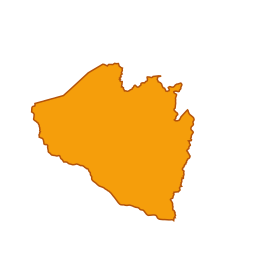 Castanheira, Mato Grosso, Brazil (Natural Earth projection), rotated 125°
{"feature_id": "56859067B36906842849375", "entity_name": "Castanheira", "entity_type": "district", "adm_level": 2, "iso_a3": "BRA", "parent_name": "Brazil", "parent_adm1": "Mato Grosso", "projection": "natural_earth1", "projection_center": [-58.652, -10.954], "detail": "fine", "context": "isolated", "style": "filled", "palette": "amber", "viewbox_px": 256, "rotation_deg": 125, "n_neighbors": 0, "source": "geoboundaries", "source_scale": "gbopen_adm2", "svg_char_len": 5742}
<svg xmlns="http://www.w3.org/2000/svg" viewBox="0 0 256 256"><g transform="rotate(125 128 128)"><path d="M79.2,88.9L79.0,89.6L79.7,89.8L88.6,91.0L89.2,90.8L90.6,90.7L91.2,90.5L92.2,90.6L93.0,91.1L93.6,91.5L94.1,92.1L94.6,92.8L94.9,93.5L94.8,94.7L93.9,94.5L93.0,94.3L91.7,95.1L90.9,95.1L90.1,95.3L89.4,95.2L88.6,94.9L88.0,95.4L87.5,96.2L87.5,98.0L87.2,99.0L87.2,100.1L86.3,101.0L85.6,101.1L84.8,100.8L83.4,101.5L82.2,102.2L80.6,103.0L79.8,103.6L79.1,104.2L77.6,105.1L77.0,105.6L76.4,106.2L74.4,106.8L73.5,107.0L72.6,107.6L72.8,108.9L72.8,110.1L72.6,110.8L72.0,111.3L71.4,111.0L70.2,109.9L69.8,108.6L69.2,107.4L68.6,107.1L68.0,107.3L67.3,107.5L66.2,107.3L65.5,107.3L64.5,108.0L61.7,108.6L61.2,109.3L60.9,110.5L62.4,111.7L63.3,112.2L63.7,112.9L64.2,113.3L64.8,113.5L65.7,113.9L66.7,113.9L67.5,114.0L68.5,114.3L69.2,115.2L69.6,116.0L69.8,116.8L70.2,117.6L71.0,118.0L71.7,118.3L72.4,117.3L72.6,116.5L73.0,116.0L73.9,115.8L74.7,116.4L75.5,116.8L75.8,117.6L76.0,118.4L75.2,119.3L74.9,120.1L74.5,120.6L74.5,121.3L74.9,122.1L74.7,122.8L74.2,123.6L73.8,124.4L73.2,125.1L72.7,125.8L72.5,126.7L72.4,127.5L72.5,128.5L72.8,129.8L72.3,130.3L71.5,131.9L70.6,132.2L69.9,132.7L69.0,132.7L68.3,132.3L67.7,131.7L67.1,131.1L66.4,130.7L67.7,132.8L71.4,137.0L72.3,137.1L73.1,137.6L73.6,138.6L73.9,139.5L74.5,140.6L75.1,141.5L75.8,141.3L76.3,140.7L76.8,140.0L77.4,139.8L78.0,139.4L79.0,139.5L79.6,140.1L80.6,140.2L81.5,140.3L82.5,141.8L83.2,142.5L83.9,142.8L84.6,142.7L85.3,142.1L86.1,142.2L87.1,142.6L88.1,142.7L89.0,143.4L89.2,144.4L88.8,146.5L89.3,147.1L90.0,147.2L91.8,146.9L92.7,147.3L93.9,147.0L95.1,147.8L95.9,148.2L96.7,148.4L98.0,149.2L98.5,149.8L98.8,151.0L99.2,151.7L99.6,152.2L99.1,152.8L98.7,154.0L97.6,154.9L97.8,155.6L97.5,156.4L98.0,156.9L96.4,157.8L95.8,157.9L95.3,158.4L94.7,158.5L94.2,158.8L93.3,159.4L94.1,160.8L93.9,161.6L93.1,162.1L93.0,162.8L92.3,162.3L91.9,163.6L90.0,163.0L89.8,163.9L88.0,164.2L87.1,163.8L86.6,165.1L84.2,165.6L83.2,166.5L82.1,166.9L82.5,168.4L82.3,170.8L80.7,172.8L82.1,174.6L82.7,176.0L84.7,176.8L86.6,179.7L87.2,180.4L89.0,180.5L89.6,184.0L90.2,185.2L105.5,192.2L120.7,195.5L131.2,197.8L138.5,199.5L161.3,218.3L162.2,217.5L163.5,217.0L164.7,218.2L165.6,218.5L166.6,218.3L167.4,217.8L168.6,217.1L169.5,216.5L170.1,216.2L170.0,214.1L170.7,212.6L172.2,211.8L173.1,211.2L174.4,210.7L175.1,210.2L175.4,208.9L175.3,207.8L175.3,207.0L175.5,205.7L175.5,204.5L176.0,203.8L176.7,202.3L177.7,201.5L178.2,200.7L179.8,199.2L180.7,198.9L181.1,198.3L181.3,197.6L182.5,197.7L183.3,197.1L183.9,197.1L184.6,197.0L185.1,196.6L185.8,195.8L186.4,195.5L186.2,194.5L186.1,193.8L185.9,193.1L185.7,192.4L185.8,191.6L186.1,190.9L186.6,190.2L187.1,189.8L187.8,188.9L188.3,188.5L188.8,188.1L189.3,187.5L189.1,186.3L188.3,185.3L188.2,184.1L188.7,183.4L189.7,183.0L191.6,181.1L192.1,180.5L193.2,179.7L193.4,178.9L193.4,177.6L193.7,176.3L193.9,175.1L193.2,173.4L192.5,172.2L191.7,170.1L190.9,169.5L190.1,168.6L190.0,167.9L190.5,167.1L191.2,166.1L191.6,165.4L191.6,164.4L191.8,163.3L192.7,161.2L191.4,159.3L191.0,158.4L191.2,156.3L191.0,155.4L190.5,154.3L190.2,153.3L189.7,152.0L189.1,151.4L188.5,150.7L186.9,149.4L186.4,147.8L186.0,145.4L185.7,144.8L185.2,144.3L184.9,143.4L184.8,142.0L185.0,140.7L184.9,139.6L185.1,138.7L184.4,137.7L184.8,136.7L185.4,135.7L185.8,135.1L186.2,133.3L187.6,132.2L188.0,131.7L188.5,130.4L188.7,129.8L190.6,128.5L191.2,127.4L191.3,126.7L191.5,126.0L191.5,124.7L191.5,123.8L191.6,122.4L191.9,120.6L192.0,119.0L192.0,118.3L191.7,117.2L191.0,114.6L190.8,113.0L191.0,112.0L190.9,111.0L190.8,109.5L190.9,108.7L190.7,107.3L191.1,104.6L191.6,102.9L192.1,101.4L192.4,100.2L193.0,98.2L193.6,96.4L194.7,93.2L195.1,91.2L195.0,90.0L194.3,88.7L193.6,87.7L193.2,87.1L192.9,86.0L192.0,84.4L190.8,83.2L190.2,82.4L189.9,81.6L189.3,79.8L189.0,78.0L188.5,76.2L187.5,74.2L187.4,73.4L187.5,72.4L187.8,71.5L187.6,70.5L187.1,69.5L186.8,68.9L186.6,68.1L186.9,67.0L187.5,65.0L188.0,63.5L188.1,62.1L187.8,61.1L184.7,57.4L184.1,56.5L183.7,55.5L183.6,54.8L183.8,53.9L184.3,53.1L184.7,52.3L184.8,51.5L184.8,50.6L184.6,49.8L184.2,49.0L182.9,46.7L182.5,46.2L181.9,45.3L179.6,41.5L179.1,40.8L178.3,39.9L177.8,39.2L177.5,38.2L177.6,37.5L175.5,38.6L174.9,38.7L174.4,38.0L174.0,38.8L172.2,39.0L171.9,39.7L171.2,40.3L170.8,41.1L170.1,41.1L169.8,42.0L169.3,42.8L169.3,44.4L167.9,45.5L167.2,45.7L166.6,46.1L166.2,46.9L165.4,47.2L164.9,47.9L164.2,48.2L163.5,49.4L162.8,51.0L162.5,52.1L161.9,52.3L161.2,51.9L160.5,51.7L160.1,51.2L159.4,51.2L158.5,51.7L157.3,52.1L156.5,52.1L156.0,52.3L155.6,53.2L154.9,53.1L154.3,53.5L153.7,52.8L152.9,52.1L152.4,51.3L151.9,50.9L151.5,50.2L149.5,49.9L148.9,49.8L148.5,50.3L148.0,50.8L147.7,51.4L147.0,51.6L145.9,51.4L145.0,50.6L144.7,51.5L144.6,52.3L143.3,52.3L142.5,53.1L141.5,53.0L140.7,53.4L139.9,54.1L139.3,54.5L138.6,54.5L137.9,54.0L137.8,54.8L136.9,54.2L136.1,54.6L135.6,55.3L134.7,55.2L134.0,55.5L133.4,56.0L133.0,56.5L132.2,57.0L131.2,57.4L131.0,59.2L130.4,60.0L129.5,60.0L128.8,60.2L127.8,59.9L126.9,60.3L126.4,60.1L125.7,60.6L124.8,60.4L124.1,60.0L123.7,60.5L123.1,60.6L122.5,60.4L121.9,60.8L121.0,61.2L120.1,61.0L119.3,61.3L118.4,60.9L117.8,60.6L116.8,60.5L116.0,61.0L115.4,61.0L115.1,61.7L114.9,62.4L114.3,63.2L114.1,64.2L113.4,65.0L113.3,66.0L112.7,67.0L111.8,66.8L110.9,66.8L110.2,66.4L109.6,66.5L108.9,67.1L108.1,67.3L107.4,67.3L106.5,67.0L106.0,67.4L105.2,69.0L104.1,70.0L103.9,71.1L103.2,70.5L102.7,69.5L102.1,69.0L101.2,69.2L100.8,70.6L100.0,70.9L99.2,70.9L98.4,71.5L97.3,71.9L95.1,71.9L94.1,72.1L93.6,72.9L93.4,74.2L93.2,75.3L92.4,76.2L91.2,76.7L90.3,76.7L88.7,76.4L87.9,76.4L87.2,76.7L86.5,77.7L85.5,78.4L84.3,78.4L83.4,78.6L82.9,79.0L82.1,80.0L81.8,81.2L81.7,82.6L81.6,83.6L81.6,84.3L81.5,85.0L81.3,85.9L81.0,86.5L80.4,87.4L79.9,88.2L79.2,88.9Z" fill="#f59e0b" stroke="#b45309" stroke-width="1.5"/></g></svg>